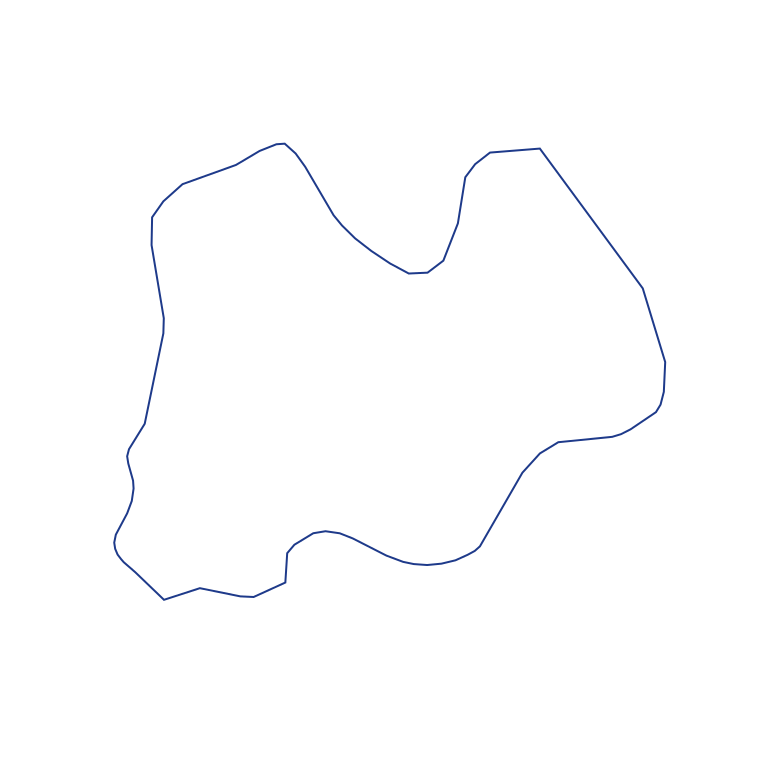 the border of Erevan, rotated 287°
{"feature_id": "ARM-1675", "entity_name": "Erevan", "entity_type": "City", "adm_level": 1, "iso_a3": "ARM", "parent_name": "Armenia", "parent_adm1": "", "projection": "albers", "projection_center": [44.52, 40.142], "detail": "fine", "context": "isolated", "style": "outline", "palette": "blue", "viewbox_px": 768, "rotation_deg": 287, "n_neighbors": 0, "source": "natural_earth", "source_scale": "10m", "svg_char_len": 1030}
<svg xmlns="http://www.w3.org/2000/svg" viewBox="0 0 768 768"><g transform="rotate(287 384 384)"><path d="M475.6,113.5L494.2,119.6L516.2,132.9L550.2,178.4L570.5,196.9L581.8,211.0L584.8,218.8L578.6,232.1L568.7,245.1L530.6,286.5L523.3,297.5L514.8,313.8L507.5,333.0L501.0,354.7L496.9,375.4L503.2,393.1L519.3,404.7L559.2,407.7L605.5,401.3L620.9,406.9L636.3,417.7L654.7,464.2L551.1,603.5L487.2,646.5L458.3,653.9L445.1,654.5L436.6,652.3L412.7,633.0L405.3,625.3L400.2,617.7L379.3,567.7L363.2,553.4L339.7,542.3L256.8,523.2L250.9,519.6L245.1,513.9L236.3,503.9L229.0,491.5L223.5,478.2L220.5,465.1L219.5,454.3L220.6,436.5L227.2,399.2L228.3,385.3L226.1,371.1L220.6,360.0L204.1,345.3L193.9,340.9L165.3,347.7L142.2,321.6L138.9,308.7L134.9,267.6L113.3,236.7L131.3,201.1L137.5,187.2L139.7,183.7L143.0,179.1L147.8,175.1L153.4,172.4L161.5,171.6L185.2,176.2L198.4,177.0L210.8,175.1L218.2,172.3L233.2,162.7L239.8,159.5L247.1,159.2L276.0,166.8L367.9,158.2L382.5,154.2L448.9,121.1L475.6,113.5Z" fill="none" stroke="#1e3a8a" stroke-width="2"/></g></svg>